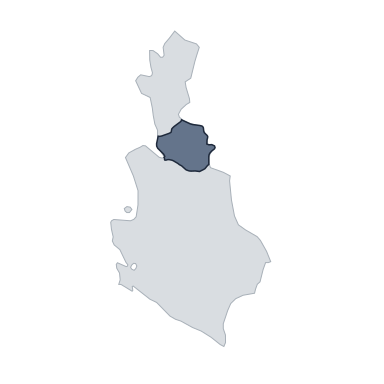 Armenia, with Vayots Dzor highlighted, rotated 219°
{"feature_id": "ARM-1733", "entity_name": "Vayots Dzor", "entity_type": "Province", "adm_level": 1, "iso_a3": "ARM", "parent_name": "Armenia", "parent_adm1": "", "projection": "natural_earth1", "projection_center": [45.445, 39.743], "detail": "fine", "context": "in_parent", "style": "filled", "palette": "slate", "viewbox_px": 384, "rotation_deg": 219, "n_neighbors": 0, "source": "natural_earth", "source_scale": "10m", "svg_char_len": 2820}
<svg xmlns="http://www.w3.org/2000/svg" viewBox="0 0 384 384"><g transform="rotate(219 192 192)"><path d="M172.4,228.5L169.8,224.3L156.3,210.6L143.9,200.1L135.3,195.7L126.7,196.2L113.2,198.3L108.3,197.4L96.7,192.8L87.0,187.4L88.3,185.1L90.4,183.5L87.9,176.4L82.6,165.0L83.2,161.4L81.5,156.5L79.7,152.7L87.4,143.8L90.9,136.6L91.7,129.7L89.7,122.4L84.8,109.3L81.7,105.5L76.0,101.9L71.2,96.1L70.0,92.0L74.1,91.2L85.9,91.1L97.4,89.7L106.4,87.0L119.4,84.7L124.7,82.7L131.0,81.7L150.0,83.9L157.1,82.2L178.5,81.9L179.0,81.0L176.1,78.3L176.1,77.2L188.9,75.5L190.8,74.1L192.5,78.5L197.3,83.4L202.5,85.4L205.3,88.1L205.4,90.1L196.2,92.6L195.5,93.8L196.1,95.1L198.9,95.7L211.8,101.8L219.2,101.9L223.1,103.8L225.0,107.5L231.2,112.4L236.1,117.3L236.4,119.0L235.5,121.4L221.7,130.9L220.0,134.1L219.8,137.6L225.8,147.9L234.8,159.1L247.7,167.6L265.4,176.9L265.7,182.6L262.9,189.5L260.5,194.1L259.4,197.2L257.2,198.6L239.5,198.3L236.8,199.4L235.7,200.7L235.6,201.8L242.0,203.9L251.9,211.2L257.6,218.3L263.6,221.4L270.3,227.1L275.7,232.3L284.0,239.1L293.3,236.9L305.8,243.0L306.3,247.1L305.6,250.8L297.8,254.8L296.8,256.5L296.8,257.9L297.8,259.8L302.4,263.1L307.9,268.0L314.0,275.3L311.3,277.4L305.6,277.8L301.2,276.9L299.6,278.3L299.7,280.7L305.5,286.3L306.6,290.3L306.4,297.3L306.7,306.2L293.2,305.6L281.7,309.9L277.4,309.0L274.5,301.5L272.0,295.4L264.6,279.7L266.6,273.3L262.5,269.6L252.7,262.9L250.1,260.2L251.5,256.4L252.5,249.5L251.5,243.9L248.9,242.2L244.0,242.1L238.0,243.5L226.0,248.9L217.7,245.4L212.9,242.0L210.1,239.0L203.9,241.5L202.4,240.3L202.0,233.1L200.2,229.2L196.4,224.7L193.0,222.5L180.1,227.0L172.4,228.5ZM192.5,99.8L192.9,97.2L192.3,94.8L190.3,94.1L187.7,94.7L187.5,97.3L188.3,99.8L190.8,100.9L192.5,99.8ZM233.4,139.7L230.5,141.3L227.7,140.6L227.7,136.6L229.7,135.0L232.0,135.1L234.2,136.5L233.4,139.7Z" fill="#d9dde1" stroke="#a8b0b8" stroke-width="1"/><path d="M235.4,201.2L235.6,202.6L238.0,203.6L246.1,204.4L248.3,205.4L249.9,207.2L253.4,214.1L252.1,214.9L250.9,216.3L246.8,223.0L246.1,224.5L245.9,225.5L247.4,228.2L247.4,229.7L247.1,231.8L245.1,239.6L245.1,240.1L245.2,240.5L245.6,241.5L236.1,243.9L234.0,244.8L227.8,248.6L226.9,249.0L226.1,249.4L225.2,249.6L224.3,249.4L223.5,249.0L221.0,246.5L219.6,245.8L216.0,245.5L214.8,245.1L214.0,244.0L213.1,241.9L211.2,239.3L210.7,238.6L208.6,239.3L206.4,241.3L203.5,242.0L202.0,241.0L201.7,239.6L202.5,236.1L202.6,233.8L202.3,232.0L201.5,230.4L196.3,224.0L196.6,221.9L196.6,218.6L196.6,218.3L197.2,216.7L199.0,212.7L202.7,210.4L205.8,207.7L206.8,207.0L207.7,206.5L210.2,205.6L210.9,205.5L216.6,205.8L219.0,205.3L221.0,205.3L226.3,204.5L227.6,204.1L230.3,202.7L231.4,201.7L232.2,200.5L232.5,200.2L233.0,199.8L233.3,199.7L233.6,199.8L233.8,200.0L234.0,200.2L234.4,200.7L235.1,201.2L235.4,201.2L235.4,201.2Z" fill="#64748b" stroke="#1e293b" stroke-width="1.5"/></g></svg>